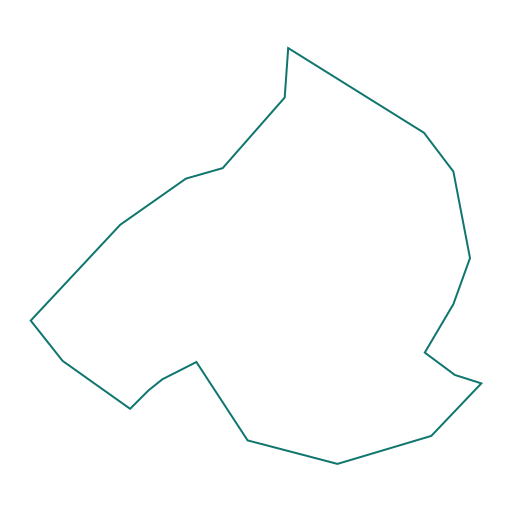 Črenšovci, Equal Earth projection
{"feature_id": "SVN-263", "entity_name": "Črenšovci", "entity_type": "Municipality", "adm_level": 1, "iso_a3": "SVN", "parent_name": "Slovenia", "parent_adm1": "", "projection": "equal_earth", "projection_center": [16.304, 46.564], "detail": "fine", "context": "isolated", "style": "outline", "palette": "teal", "viewbox_px": 512, "rotation_deg": 0, "n_neighbors": 0, "source": "natural_earth", "source_scale": "10m", "svg_char_len": 399}
<svg xmlns="http://www.w3.org/2000/svg" viewBox="0 0 512 512"><path d="M481.3,383.4L431.3,435.9L337.4,463.9L247.6,440.4L196.4,362.0L162.5,379.2L148.7,390.2L130.1,408.8L62.6,360.9L30.7,320.6L120.3,224.7L185.9,178.6L222.7,168.1L284.7,97.5L288.2,48.1L424.0,132.8L453.4,171.6L470.0,258.1L453.4,304.1L424.8,352.6L454.9,375.0L478.3,382.4L481.3,383.4Z" fill="none" stroke="#0f766e" stroke-width="2"/></svg>